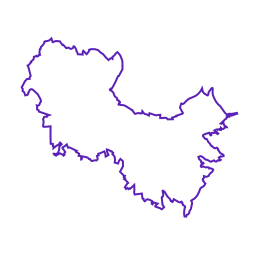 Miercurea Nirajului, Mures, Romania, rotated 3°
{"feature_id": "2599482B57064602938407", "entity_name": "Miercurea Nirajului", "entity_type": "district", "adm_level": 2, "iso_a3": "ROU", "parent_name": "Romania", "parent_adm1": "Mures", "projection": "mercator", "projection_center": [24.768, 46.543], "detail": "fine", "context": "isolated", "style": "outline", "palette": "violet", "viewbox_px": 256, "rotation_deg": 3, "n_neighbors": 0, "source": "geoboundaries", "source_scale": "gbopen_adm2", "svg_char_len": 5876}
<svg xmlns="http://www.w3.org/2000/svg" viewBox="0 0 256 256"><g transform="rotate(3 128 128)"><path d="M222.2,155.0L221.2,154.4L220.2,152.8L221.9,151.5L222.3,151.8L224.9,151.1L225.0,150.4L224.7,149.8L221.4,148.1L218.9,144.9L219.2,144.4L217.8,143.0L215.9,143.7L214.2,143.0L212.9,141.6L212.0,141.5L211.4,140.8L211.3,140.1L208.8,137.6L207.5,135.2L207.0,134.8L205.8,134.9L203.3,132.2L203.3,131.3L204.5,130.4L209.1,128.5L209.3,129.1L209.8,129.5L210.8,131.0L211.5,130.8L211.7,130.4L211.2,128.8L212.8,128.2L213.7,128.5L215.6,128.1L217.8,129.4L218.4,128.7L216.9,127.4L215.6,127.0L214.4,125.9L216.3,124.9L217.2,124.7L217.6,125.1L219.5,124.2L220.0,125.2L220.9,125.1L220.8,123.0L222.1,124.0L223.1,124.0L224.5,122.9L224.7,122.2L226.6,122.1L226.1,121.4L225.1,121.6L224.9,121.2L224.5,121.4L223.1,118.1L221.3,118.9L220.3,118.7L220.8,118.1L222.0,117.4L222.2,116.5L223.3,115.9L224.1,114.6L225.6,113.6L225.9,113.0L225.8,112.0L228.9,111.3L229.1,110.2L229.7,109.5L230.8,110.2L235.2,108.4L235.6,107.9L236.3,107.9L236.0,107.2L231.7,108.3L227.6,108.6L227.4,109.6L226.3,110.4L225.7,109.2L223.8,107.5L219.1,101.5L216.6,99.5L214.6,97.2L213.3,95.1L212.1,93.0L210.9,90.1L210.7,88.9L210.5,84.0L210.2,83.6L209.5,83.9L208.4,85.3L206.7,88.0L206.5,88.7L206.6,89.7L206.0,91.2L205.6,91.3L202.2,89.4L200.8,87.9L199.9,84.5L198.6,87.3L196.3,90.3L193.5,92.6L187.2,95.7L185.3,97.4L182.5,100.6L181.5,101.2L180.1,100.7L179.8,101.0L178.9,104.7L179.0,105.3L182.0,110.1L181.9,110.5L181.6,110.9L175.6,113.2L175.8,113.8L171.6,115.3L172.3,116.9L167.2,117.3L165.9,116.0L164.3,115.8L163.6,115.8L163.1,116.2L159.6,116.4L159.5,113.1L155.1,113.9L148.7,112.1L148.2,114.5L146.1,113.5L143.5,112.9L141.4,110.4L141.1,112.5L140.6,112.5L140.1,112.9L138.3,112.5L137.2,112.6L134.2,113.5L131.5,110.4L131.5,109.9L130.5,109.6L124.7,106.3L122.7,105.5L117.5,105.2L117.3,104.9L117.9,103.4L118.4,103.4L118.7,102.9L118.6,102.5L117.9,102.1L117.8,101.6L117.3,101.5L117.2,101.1L115.6,100.4L115.7,99.6L115.5,98.9L113.1,97.0L112.1,95.0L112.0,94.1L110.1,92.1L108.1,91.1L107.9,90.5L108.8,89.6L109.4,90.0L110.8,87.6L113.0,82.8L115.3,76.8L116.1,76.6L119.4,69.6L119.0,62.5L118.6,60.6L116.5,56.0L113.6,52.8L112.4,53.5L110.7,56.1L108.8,57.8L108.9,59.7L107.8,59.1L106.4,59.7L105.1,61.2L102.3,58.8L99.1,55.4L96.4,53.9L94.3,51.9L91.4,51.1L87.4,51.1L85.1,51.9L85.4,52.5L84.3,54.5L82.8,56.4L79.3,53.2L78.9,54.0L78.8,55.1L78.9,57.0L74.1,57.0L73.3,54.9L72.5,53.9L72.5,53.4L72.1,52.3L70.8,50.1L70.0,49.4L69.4,49.3L68.8,51.0L67.3,51.9L65.6,51.7L64.4,50.8L62.2,51.5L58.8,48.2L58.1,48.5L55.4,45.0L51.5,44.9L48.3,46.2L46.8,42.6L45.0,44.5L43.1,45.3L41.0,45.7L40.0,46.2L40.1,46.9L38.9,49.3L36.8,51.7L36.5,53.6L35.9,53.8L35.6,57.3L36.3,59.5L35.1,59.7L34.9,60.6L33.7,61.3L33.3,61.3L32.7,60.7L31.6,61.5L30.3,61.8L30.1,64.4L27.6,66.8L27.5,67.1L27.8,67.1L27.9,67.4L25.3,70.5L24.5,70.9L25.7,73.4L28.1,81.1L27.1,82.8L27.2,84.1L24.6,84.4L22.6,86.7L20.5,91.5L19.7,92.7L20.1,93.7L20.8,94.4L20.8,96.5L22.5,97.8L23.7,100.8L25.8,100.2L26.6,98.9L26.4,98.5L28.0,95.0L29.0,94.3L30.5,94.5L31.3,95.0L36.2,99.1L39.3,104.2L39.7,106.3L38.6,107.8L38.4,109.3L38.0,109.8L37.0,110.4L35.8,110.2L36.2,111.4L36.2,114.2L37.8,114.9L38.2,116.3L48.6,119.2L46.5,120.1L46.4,121.0L44.6,121.0L43.6,121.4L43.3,122.7L42.7,123.7L43.4,126.0L43.1,130.8L43.4,131.1L44.8,131.2L50.6,130.4L50.9,138.1L51.6,147.8L53.8,147.8L53.9,149.9L54.4,149.8L54.8,150.5L54.7,152.0L58.0,149.1L59.6,148.3L60.1,147.7L60.2,147.0L60.9,146.1L62.6,147.6L60.4,150.2L60.4,152.8L59.5,156.6L57.4,157.7L56.5,157.8L55.4,157.4L55.1,157.7L56.0,158.6L57.2,159.3L57.8,159.3L58.7,158.3L60.1,157.8L60.9,156.8L63.3,157.6L65.1,159.0L65.5,158.6L66.1,157.8L65.6,156.7L66.6,155.3L63.5,151.3L64.4,150.2L65.4,149.8L67.7,147.6L69.1,150.8L70.7,150.5L77.7,153.4L76.9,153.9L77.2,154.5L80.5,156.2L80.6,156.8L80.2,158.4L82.8,158.6L82.8,161.9L83.3,161.8L83.8,159.1L85.1,158.8L89.3,159.7L90.7,161.1L91.6,161.0L92.7,162.3L93.7,162.9L96.4,162.0L98.5,161.9L99.1,161.1L99.3,160.2L98.5,157.5L100.1,156.8L99.5,155.5L99.7,155.2L101.7,154.6L105.5,152.6L106.6,154.6L107.2,157.7L109.9,156.0L108.1,152.2L108.0,150.5L110.2,151.1L112.5,152.4L112.9,152.1L114.6,153.7L113.8,155.0L115.4,156.4L116.4,157.9L116.4,159.3L116.8,160.3L116.5,163.2L120.0,164.0L120.7,161.2L122.1,159.3L124.6,161.4L125.0,166.5L122.3,172.1L126.6,176.0L127.4,176.0L127.3,176.3L126.3,176.9L126.3,177.5L127.7,178.3L126.9,179.3L127.9,179.7L131.0,182.8L130.3,183.3L127.9,187.4L129.3,189.0L130.5,187.9L131.7,189.0L132.6,188.2L133.2,188.6L137.2,184.5L137.6,189.5L137.5,192.0L138.2,194.1L145.3,192.7L146.1,197.6L147.2,197.8L147.3,198.8L148.4,200.3L148.7,200.3L149.9,198.8L150.8,198.2L153.1,198.5L155.9,199.7L156.1,199.9L155.7,201.0L156.3,201.4L155.7,202.4L156.5,202.9L157.4,201.0L161.5,202.0L159.4,204.1L159.3,204.7L159.5,205.1L163.8,206.3L166.0,207.4L168.2,205.2L166.4,202.6L165.3,195.4L166.5,194.4L166.7,192.8L165.9,189.2L165.9,188.8L166.2,188.7L167.8,189.7L171.0,194.4L173.9,197.0L174.5,198.7L175.8,198.6L176.1,198.8L176.1,199.5L176.4,199.5L177.4,196.7L182.9,199.5L184.1,199.5L185.4,198.8L186.1,199.8L186.0,200.4L186.9,201.3L186.8,201.9L189.0,203.2L189.2,204.4L188.8,204.9L188.5,207.7L188.5,210.7L188.7,211.8L189.1,213.4L190.8,213.4L191.1,211.7L192.6,211.0L193.5,209.8L193.6,208.3L195.0,205.6L196.0,199.4L194.9,197.2L197.9,195.1L199.4,193.6L200.8,191.5L202.5,187.7L203.0,185.6L203.9,184.0L206.9,181.9L208.2,179.5L207.4,178.9L206.6,177.6L205.9,177.0L205.9,176.3L205.4,175.9L205.4,174.9L206.4,173.9L206.6,173.0L206.4,172.1L208.7,172.7L211.0,171.7L212.0,169.5L214.4,167.3L215.3,165.4L214.9,164.8L213.3,164.1L212.1,163.9L211.2,164.1L211.2,163.6L210.7,163.2L209.4,163.0L207.4,163.3L204.9,162.4L203.7,163.1L202.9,162.8L202.7,161.9L203.5,160.3L204.4,160.1L205.3,159.3L204.4,158.5L202.9,158.5L202.4,156.7L200.8,155.5L199.8,153.2L201.9,152.3L203.8,152.9L207.0,155.4L209.3,155.9L212.6,157.4L215.4,155.8L216.7,156.7L217.7,157.0L219.3,155.6L221.0,155.8L222.2,155.0Z" fill="none" stroke="#5b21b6" stroke-width="2"/></g></svg>